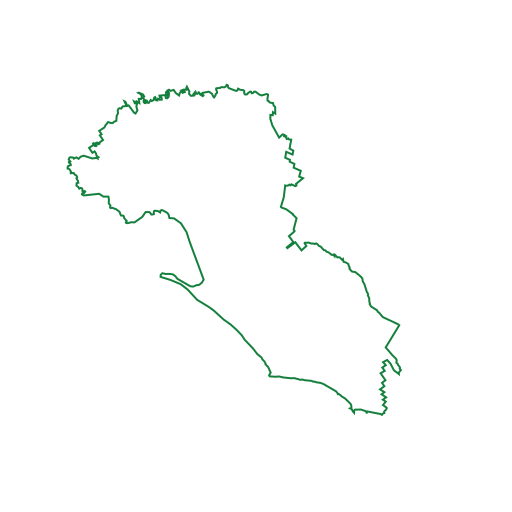 Pajapan, Veracruz, Mexico (Equal Earth projection), rotated 144°
{"feature_id": "50627088B83273722146736", "entity_name": "Pajapan", "entity_type": "district", "adm_level": 2, "iso_a3": "MEX", "parent_name": "Mexico", "parent_adm1": "Veracruz", "projection": "equal_earth", "projection_center": [-94.667, 18.219], "detail": "fine", "context": "isolated", "style": "outline", "palette": "green", "viewbox_px": 512, "rotation_deg": 144, "n_neighbors": 0, "source": "geoboundaries", "source_scale": "gbopen_adm2", "svg_char_len": 6107}
<svg xmlns="http://www.w3.org/2000/svg" viewBox="0 0 512 512"><g transform="rotate(144 256 256)"><path d="M345.5,295.2L339.4,287.1L333.5,277.5L331.0,269.0L329.4,255.2L324.1,242.5L322.2,236.6L319.5,223.5L316.8,215.5L315.1,207.5L314.1,200.1L314.4,194.9L312.8,183.2L312.6,175.8L311.2,170.7L311.6,168.6L311.2,165.9L311.4,163.5L312.0,162.8L311.4,159.1L312.7,153.0L315.5,151.8L315.7,150.6L311.3,146.9L308.3,145.1L305.1,141.5L299.4,136.4L296.8,134.7L292.6,129.5L291.3,129.0L289.6,126.9L284.4,122.3L283.5,120.6L282.1,119.6L281.8,118.8L278.3,115.3L276.7,112.8L270.8,99.5L270.6,96.9L271.0,96.1L269.8,95.1L269.2,92.1L267.6,88.1L266.4,80.7L266.8,79.0L268.1,77.0L269.4,77.4L268.6,75.6L269.0,73.4L268.8,71.5L267.3,73.4L266.2,73.5L261.5,70.2L258.7,66.4L258.2,64.7L259.2,63.6L257.3,64.8L248.2,55.0L247.5,53.5L246.4,54.0L244.5,53.5L243.6,55.3L243.7,54.9L241.3,55.2L239.8,55.9L239.5,56.5L240.9,60.8L236.6,61.9L237.8,65.2L233.8,65.2L235.7,70.3L232.2,70.4L234.0,75.2L228.7,75.2L228.6,79.3L224.3,79.4L224.1,87.9L219.4,87.4L219.4,91.5L215.2,91.4L215.6,95.4L211.0,94.8L210.5,89.8L211.6,82.4L209.8,76.5L209.0,77.8L205.9,78.5L206.0,80.3L205.3,80.7L205.0,81.7L205.1,84.0L204.7,85.5L205.2,87.1L203.5,88.9L203.1,90.4L204.0,95.8L204.8,105.8L180.8,115.8L181.2,117.3L189.4,132.2L189.7,137.6L190.3,139.5L189.9,140.8L192.6,147.5L192.3,150.4L191.7,150.7L191.0,152.7L189.2,155.4L188.6,158.5L187.9,159.0L187.4,160.7L187.5,161.7L184.9,169.3L184.5,172.7L183.1,175.5L183.4,178.1L185.1,184.6L187.5,187.0L187.9,190.6L187.2,191.1L187.3,191.7L186.7,192.6L186.8,193.5L186.0,195.2L187.2,198.1L188.6,199.8L187.4,202.5L188.6,202.4L189.0,205.3L189.5,206.2L191.0,207.0L191.5,211.0L192.1,211.0L192.6,210.2L192.7,211.8L193.8,212.1L194.2,212.7L195.1,216.1L196.4,218.1L196.6,219.8L197.7,221.0L198.1,225.5L199.1,227.0L199.4,229.7L200.0,230.9L201.5,231.1L202.1,232.3L204.0,233.6L205.5,235.8L208.7,238.0L209.2,237.8L209.4,234.5L215.9,233.8L216.1,244.0L226.0,243.9L226.0,244.9L217.6,245.3L217.7,252.7L210.4,253.3L210.0,253.7L210.1,255.2L201.0,262.7L201.8,267.9L201.5,268.1L204.1,276.1L207.0,280.4L207.0,281.1L199.1,287.1L190.9,295.9L190.4,295.1L188.2,294.0L187.0,294.1L186.4,292.8L185.2,293.1L183.1,289.4L182.0,289.2L181.4,289.8L181.3,290.8L172.2,291.3L174.4,294.9L169.7,298.6L173.6,305.3L170.8,307.9L173.3,312.5L172.0,313.8L174.6,318.3L170.3,322.5L166.8,316.6L163.9,319.3L165.7,323.2L159.1,329.4L161.0,331.2L160.9,332.3L162.3,332.6L162.0,334.6L161.1,335.1L162.0,337.1L163.6,335.7L161.9,337.4L163.0,338.8L167.7,338.2L166.0,352.1L163.8,358.5L161.4,361.7L159.7,360.1L157.8,362.4L156.7,359.9L153.3,364.7L152.9,365.6L153.3,367.3L152.3,369.8L154.3,371.6L154.9,373.3L154.7,374.0L155.3,374.8L154.3,376.6L151.8,378.9L151.4,379.5L151.8,380.3L152.6,381.0L157.0,382.5L158.5,384.8L159.8,389.2L160.8,390.0L162.7,389.6L163.8,390.2L163.5,391.9L164.0,392.4L166.9,392.5L167.9,392.0L169.8,392.9L170.0,393.7L169.7,394.9L168.5,396.4L168.7,397.5L171.2,399.9L172.1,401.9L173.8,400.9L174.8,401.1L175.7,402.2L179.4,407.9L179.3,409.2L178.5,410.5L179.1,411.7L181.1,410.8L182.6,411.1L184.7,413.0L186.3,413.1L189.5,415.0L190.2,414.6L191.2,411.3L191.8,410.8L193.5,410.7L194.5,409.7L196.7,408.9L196.9,409.4L196.3,413.3L197.5,416.6L203.1,419.3L204.2,419.3L204.1,416.8L205.1,416.6L206.3,419.5L205.9,421.7L206.3,422.2L207.2,421.6L208.4,421.8L208.8,422.4L208.4,424.5L211.4,423.7L210.8,422.5L211.6,422.1L214.5,423.8L214.8,426.6L213.2,428.3L212.4,433.6L213.6,432.9L214.5,431.4L216.6,433.1L218.4,433.6L217.0,431.6L217.2,430.5L219.4,431.1L219.5,432.9L220.3,433.0L221.9,432.6L223.9,431.1L225.1,434.9L225.0,438.8L228.0,439.8L228.7,441.7L230.3,441.9L230.5,439.0L232.2,437.1L233.0,439.2L232.6,440.2L231.6,440.0L231.9,441.4L232.6,441.4L233.1,440.6L233.8,435.9L235.2,435.8L236.1,436.7L234.9,439.6L239.9,442.5L240.5,440.8L239.3,440.8L239.6,438.8L240.4,437.9L242.3,439.2L242.9,441.0L243.9,440.8L244.4,439.9L245.3,440.7L245.4,442.7L244.3,443.0L244.2,443.9L245.1,444.0L247.3,442.3L249.3,442.7L249.5,444.1L252.8,442.9L253.6,443.8L253.0,445.9L253.7,446.7L255.5,444.6L256.2,445.2L256.4,446.4L255.8,447.5L254.4,448.4L254.6,449.9L254.2,450.4L252.7,450.7L252.5,453.2L254.9,457.1L255.3,457.2L254.4,455.2L254.2,453.3L254.8,452.0L256.6,450.6L258.5,452.0L260.5,448.3L261.8,451.4L263.0,450.6L263.8,452.6L264.3,450.8L262.7,449.1L265.0,447.2L266.3,443.5L269.7,442.1L270.4,443.5L270.5,452.7L271.9,453.2L271.0,457.6L271.5,458.5L272.5,453.4L276.0,455.4L278.3,454.4L279.5,455.8L280.9,455.9L282.4,455.0L283.7,452.6L286.4,451.2L289.6,447.4L291.6,448.0L293.8,447.8L295.2,448.8L296.9,451.3L301.0,450.2L303.1,449.1L309.3,449.4L309.4,445.3L311.4,445.4L311.6,439.7L316.7,439.9L316.7,438.9L317.5,439.0L318.2,439.4L318.0,441.2L319.4,441.5L320.3,440.9L320.3,439.0L320.8,438.9L321.8,439.9L320.8,441.4L321.0,442.7L321.7,442.8L322.1,441.4L327.5,441.6L327.7,435.7L325.1,435.5L325.2,432.9L326.1,430.8L325.4,428.5L326.5,428.6L326.8,428.0L327.3,429.1L331.1,431.1L336.4,438.4L339.5,439.4L342.4,438.9L343.4,441.4L346.1,441.8L346.0,443.0L348.1,445.0L349.0,445.2L350.8,444.2L350.7,441.7L352.2,442.0L352.4,441.6L351.8,440.0L352.4,438.4L355.0,439.2L356.1,438.7L357.0,437.4L356.1,436.5L355.9,435.4L356.2,432.3L357.0,432.3L357.2,431.8L354.7,430.3L354.8,428.5L354.0,426.7L354.4,424.8L355.6,424.4L355.9,421.4L356.7,419.7L358.4,420.3L359.9,418.4L359.2,416.3L359.4,414.4L357.9,414.1L357.1,413.2L357.1,412.1L358.3,410.5L358.1,409.7L356.6,409.4L356.3,408.6L357.8,408.0L360.0,408.7L360.6,408.1L359.7,406.2L346.3,398.5L344.5,393.7L340.5,390.8L341.6,388.4L344.2,385.1L344.1,382.4L345.6,380.9L345.3,380.1L343.9,379.4L341.7,376.1L340.6,372.6L340.5,371.7L341.4,368.6L341.3,367.9L339.7,366.7L339.6,365.8L340.4,363.8L340.0,360.3L341.5,359.8L341.6,359.1L340.4,357.9L337.2,356.7L334.5,354.6L325.0,354.5L319.5,356.4L316.7,354.4L316.2,353.5L316.3,351.1L315.3,350.4L314.1,349.9L312.3,352.2L311.0,352.0L308.8,349.7L308.0,347.6L306.4,348.9L304.9,348.3L302.5,343.3L302.3,341.2L303.7,337.6L300.2,334.6L297.5,326.6L298.2,316.0L301.3,306.6L312.2,267.7L315.3,266.3L318.3,266.1L319.5,266.2L320.8,267.2L324.8,268.2L326.9,270.1L333.0,283.7L333.1,286.9L333.9,289.7L335.9,291.9L339.7,294.6L341.9,297.1L344.1,296.8L345.5,295.2Z" fill="none" stroke="#15803d" stroke-width="2"/></g></svg>